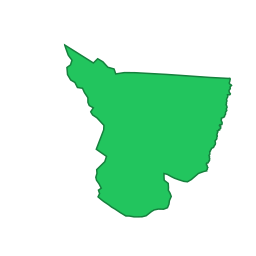 Lac Iro, Moyen-Chari, Chad, rotated 291°
{"feature_id": "50815135B94662216566844", "entity_name": "Lac Iro", "entity_type": "district", "adm_level": 2, "iso_a3": "TCD", "parent_name": "Chad", "parent_adm1": "Moyen-Chari", "projection": "robinson", "projection_center": [19.344, 9.791], "detail": "fine", "context": "isolated", "style": "filled", "palette": "green", "viewbox_px": 256, "rotation_deg": 291, "n_neighbors": 0, "source": "geoboundaries", "source_scale": "gbopen_adm2", "svg_char_len": 3499}
<svg xmlns="http://www.w3.org/2000/svg" viewBox="0 0 256 256"><g transform="rotate(291 128 128)"><path d="M77.9,113.7L74.5,115.3L70.5,115.6L68.0,117.3L65.5,121.0L62.2,124.6L59.4,122.7L56.6,125.0L53.0,124.7L51.6,128.6L50.6,132.0L49.4,137.3L48.3,141.0L47.6,145.2L46.2,151.4L45.1,157.5L46.3,160.8L47.2,165.5L48.6,169.1L50.2,173.0L52.6,176.4L55.8,178.3L58.5,179.9L60.9,181.8L63.2,185.4L65.0,190.4L67.7,193.4L71.6,193.5L75.0,192.7L79.6,192.9L82.2,190.6L84.3,188.0L87.0,187.1L90.7,185.4L92.2,180.5L95.3,179.1L98.4,177.9L98.8,181.4L98.1,186.0L97.8,189.4L97.9,194.3L98.2,199.3L99.1,202.8L102.6,205.6L106.5,207.7L110.8,210.0L114.7,214.5L116.2,216.8L116.3,216.7L116.5,216.6L116.8,216.5L118.2,216.8L118.9,216.4L119.3,216.5L119.7,216.7L119.8,216.6L120.0,216.3L120.5,215.7L120.8,215.6L121.4,215.7L121.4,215.8L121.4,215.7L121.6,214.5L123.0,213.9L123.4,214.0L123.8,214.9L123.9,215.1L124.2,215.2L125.8,215.4L126.1,215.6L126.4,215.5L126.5,215.4L126.9,215.6L127.2,215.7L127.4,215.6L127.8,215.4L128.2,215.3L128.3,215.3L128.8,215.2L129.4,214.6L129.5,214.6L129.8,214.5L130.4,214.4L130.6,214.3L131.0,213.7L131.4,213.4L131.7,213.4L132.4,213.8L132.8,213.8L133.5,213.5L135.4,212.7L135.5,212.8L135.8,213.1L136.1,213.2L137.1,213.0L137.6,213.3L138.8,213.3L139.0,213.4L139.2,213.6L139.7,213.9L139.8,214.2L140.2,214.5L140.5,214.7L140.7,214.8L140.8,214.8L141.0,214.9L141.7,214.9L142.4,214.9L142.9,215.1L143.1,215.1L143.6,215.3L143.8,215.3L144.3,215.3L144.7,215.2L145.3,215.0L145.5,214.9L147.1,213.9L148.8,214.4L149.1,214.7L149.9,214.7L151.2,214.2L152.1,214.3L152.3,214.3L152.8,214.1L153.1,213.7L153.3,213.3L154.6,213.4L155.2,213.1L156.0,213.3L156.3,213.3L156.4,213.2L157.1,212.7L157.1,212.8L157.3,213.0L158.1,213.3L158.3,213.4L158.9,213.3L159.0,214.2L160.1,214.2L160.5,214.2L161.0,214.6L161.3,214.5L161.7,214.1L161.9,213.9L162.1,214.2L162.4,214.1L162.5,214.1L162.8,213.8L162.9,212.6L163.0,212.5L163.1,212.4L163.7,212.4L164.1,212.6L164.4,213.6L164.5,214.0L164.7,214.3L165.0,214.3L165.3,214.4L165.9,214.2L166.5,214.1L166.9,213.8L167.2,213.6L168.4,212.3L168.8,212.1L169.0,212.1L169.8,212.1L170.0,211.9L170.6,211.7L170.9,212.0L171.1,212.1L171.5,212.7L171.9,213.1L172.2,213.3L173.0,214.0L174.3,213.8L175.9,214.1L177.1,213.6L177.5,213.5L178.3,213.5L178.6,213.5L179.1,213.8L179.4,213.9L179.5,213.9L179.9,213.9L181.0,212.9L182.8,213.1L183.0,213.0L183.6,212.5L184.6,211.7L184.8,211.2L185.9,211.2L186.1,211.2L186.9,210.7L188.5,210.7L188.9,210.6L189.7,209.9L189.8,209.8L190.5,209.7L191.4,209.7L192.3,209.9L192.9,209.9L193.7,209.6L194.7,209.0L195.2,210.4L195.3,210.7L195.7,211.2L196.0,211.3L196.6,211.3L196.8,211.0L196.9,210.9L197.3,210.2L197.6,209.9L198.0,209.5L198.8,209.0L199.5,208.8L200.1,209.1L200.4,209.1L200.6,209.1L200.8,209.3L201.7,209.3L202.8,208.6L203.2,208.7L204.2,209.1L204.9,209.4L205.3,208.6L205.5,207.3L205.5,207.2L205.8,206.8L206.1,206.5L206.3,206.4L207.0,206.3L207.9,206.3L210.2,205.9L210.7,205.6L210.8,205.4L210.9,205.2L210.7,204.8L210.6,204.6L210.3,204.1L204.5,186.2L195.8,157.7L191.8,144.7L182.1,114.6L178.4,104.7L174.1,97.2L178.1,93.8L177.5,87.3L177.8,86.8L180.8,80.9L181.8,74.9L176.3,72.4L182.8,39.2L182.6,39.3L182.3,39.6L181.7,40.1L180.8,40.8L174.7,46.0L174.0,47.0L171.3,51.3L171.2,51.4L166.3,51.7L162.6,49.3L156.2,52.4L152.3,57.3L151.5,62.1L147.7,66.3L148.8,71.3L145.5,74.6L141.9,79.7L137.6,81.4L135.2,83.7L135.1,83.8L134.4,88.4L129.8,87.4L129.4,87.8L127.5,90.3L126.4,95.3L121.9,104.5L121.5,104.7L117.5,106.0L96.8,106.0L93.8,118.1L88.2,118.4L77.9,113.7Z" fill="#22c55e" stroke="#15803d" stroke-width="1.5"/></g></svg>